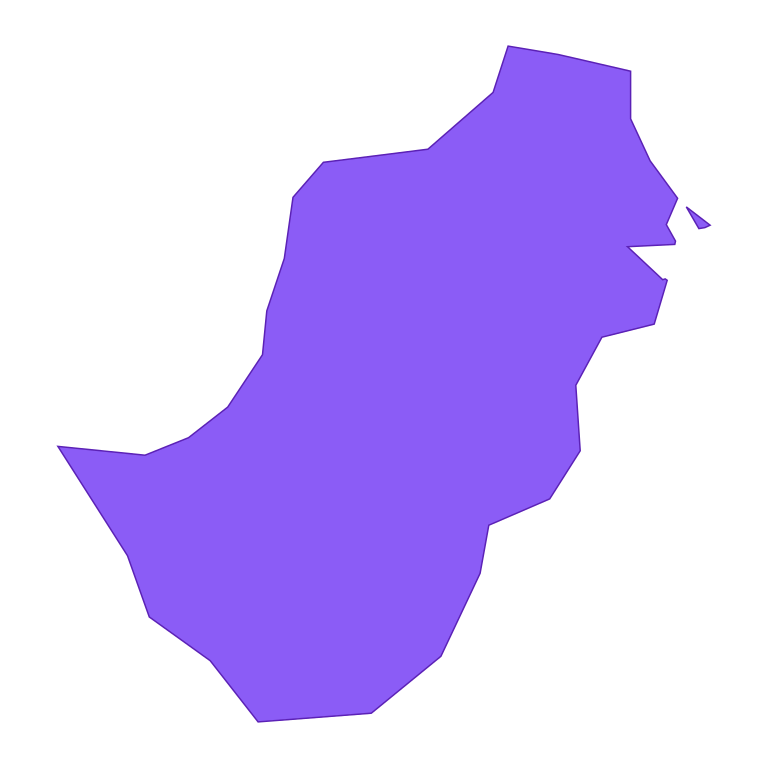 outline of Potamia, Nicosia, Cyprus
{"feature_id": "46923920B79124900132946", "entity_name": "Potamia", "entity_type": "district", "adm_level": 2, "iso_a3": "CYP", "parent_name": "Cyprus", "parent_adm1": "Nicosia", "projection": "albers", "projection_center": [33.464, 35.05], "detail": "fine", "context": "isolated", "style": "filled", "palette": "violet", "viewbox_px": 768, "rotation_deg": 0, "n_neighbors": 0, "source": "geoboundaries", "source_scale": "gbopen_adm2", "svg_char_len": 667}
<svg xmlns="http://www.w3.org/2000/svg" viewBox="0 0 768 768"><path d="M57.9,446.4L127.5,555.7L149.3,617.0L210.2,660.7L258.1,721.9L371.3,713.2L440.9,656.3L480.1,573.3L488.8,525.2L549.7,498.9L580.2,450.8L575.8,385.3L601.9,337.2L654.2,324.1L667.2,280.3L665.2,278.9L662.7,279.7L627.5,246.7L674.8,244.4L675.5,241.1L666.3,224.6L677.6,198.3L650.1,160.8L630.6,118.8L630.6,71.2L558.2,54.5L508.1,46.1L493.1,92.4L427.9,149.2L323.4,162.3L293.0,197.3L284.3,258.5L266.8,310.9L262.5,354.7L227.7,407.1L188.5,437.7L145.0,455.2L57.9,446.4ZM707.1,226.6L710.1,225.2L686.3,206.9L694.7,221.4L698.9,228.6L704.9,227.6L707.1,226.6Z" fill="#8b5cf6" stroke="#5b21b6" stroke-width="1.5"/></svg>